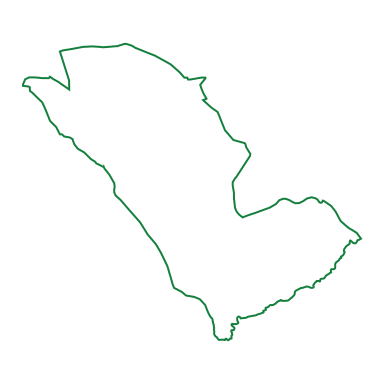 the district of Mazhar, Raymah, Yemen
{"feature_id": "15242507B74334805972717", "entity_name": "Mazhar", "entity_type": "district", "adm_level": 2, "iso_a3": "YEM", "parent_name": "Yemen", "parent_adm1": "Raymah", "projection": "albers", "projection_center": [43.787, 14.568], "detail": "fine", "context": "isolated", "style": "outline", "palette": "green", "viewbox_px": 384, "rotation_deg": 0, "n_neighbors": 0, "source": "geoboundaries", "source_scale": "gbopen_adm2", "svg_char_len": 5934}
<svg xmlns="http://www.w3.org/2000/svg" viewBox="0 0 384 384"><path d="M361.0,238.7L356.6,232.7L356.4,232.7L352.8,230.4L348.4,227.8L348.3,227.6L345.8,225.6L344.5,224.4L340.8,221.2L339.4,218.7L335.7,211.8L334.1,209.6L333.3,208.7L332.7,207.9L331.3,206.0L331.1,205.9L325.1,201.8L323.8,201.0L323.1,200.7L322.9,200.6L321.8,202.5L320.5,202.8L319.1,202.1L318.6,201.1L317.4,199.5L315.5,198.3L311.7,197.3L308.1,198.2L307.3,198.3L303.9,200.6L303.3,201.1L302.2,201.6L299.2,203.1L295.2,203.2L292.1,201.8L289.4,200.1L285.7,198.8L283.0,198.8L281.5,199.4L279.5,200.1L279.3,200.2L276.0,204.0L270.3,207.3L269.6,207.7L267.3,208.5L262.9,210.1L258.3,211.8L254.7,213.1L254.4,213.2L247.1,215.6L246.5,215.9L242.6,217.4L238.7,214.2L236.6,211.5L235.0,207.8L234.2,200.0L234.0,198.9L233.9,192.8L233.9,192.5L232.7,185.5L232.7,182.2L235.1,178.2L236.2,177.2L250.1,155.8L250.3,153.9L250.2,153.7L246.3,147.4L245.3,143.8L244.6,143.1L233.4,140.0L229.9,136.0L229.1,135.0L225.9,131.3L225.0,130.3L221.1,120.6L218.7,114.5L217.6,112.0L211.0,107.3L206.6,103.3L203.1,100.1L205.8,99.1L206.5,98.7L203.5,93.5L201.6,89.0L200.2,84.8L205.5,78.3L205.3,77.6L201.3,77.6L190.5,79.5L188.0,79.5L187.3,77.7L184.4,77.7L182.5,75.5L180.0,72.6L170.6,64.3L157.4,57.0L155.1,55.7L151.0,54.1L144.2,51.4L143.0,50.9L142.5,50.7L136.3,48.2L136.0,48.2L133.2,46.5L132.1,45.8L130.1,45.1L125.9,43.8L124.0,44.0L121.7,44.8L118.6,45.7L117.5,46.2L117.2,46.1L108.1,46.9L102.5,47.3L101.4,47.0L92.5,46.4L83.0,46.9L71.7,49.0L63.0,50.4L59.9,51.5L69.1,80.5L69.2,88.4L69.2,89.5L67.2,88.1L65.2,86.7L59.8,83.0L59.1,82.3L57.6,81.5L56.9,81.1L53.3,79.1L49.9,76.7L48.9,78.1L45.4,78.1L41.7,78.1L38.5,77.7L38.1,77.7L34.2,77.4L33.8,77.4L32.7,77.4L29.1,77.4L27.5,78.2L25.5,79.1L25.2,79.3L23.0,84.4L23.1,85.9L28.5,86.5L29.8,87.2L29.9,90.9L32.2,92.6L33.1,93.5L33.6,93.9L37.1,97.5L37.7,98.0L38.5,98.8L41.9,102.0L42.3,102.5L45.2,108.8L46.8,112.7L47.8,115.4L48.5,116.9L49.1,118.6L50.1,121.0L54.6,125.5L55.1,125.9L56.2,127.1L59.9,134.3L62.0,134.3L64.2,136.5L69.9,137.5L72.6,139.2L73.3,141.6L74.1,143.6L74.3,144.3L76.6,147.2L77.7,148.7L79.8,149.9L81.4,150.8L82.2,151.3L84.2,152.4L84.3,152.5L90.3,158.5L90.9,159.1L95.1,161.7L96.3,163.4L96.5,163.5L99.1,164.7L102.5,166.5L103.6,167.0L103.7,166.8L103.8,167.1L104.6,168.7L105.5,169.8L106.7,171.3L107.0,171.7L109.2,174.5L109.7,175.3L111.9,179.1L113.2,181.4L114.2,183.1L114.7,187.2L114.2,189.3L114.2,192.2L115.7,195.6L119.2,198.7L120.9,200.3L128.6,209.3L130.8,211.8L133.4,214.7L138.5,220.5L140.0,222.2L141.2,224.1L144.7,229.7L146.8,233.1L147.4,234.1L147.7,234.6L149.5,236.6L155.8,244.1L157.4,246.7L160.6,252.2L160.9,252.7L163.1,257.2L167.3,266.0L167.8,267.5L169.8,274.4L170.7,277.4L172.6,284.1L173.9,287.5L174.1,287.9L178.8,290.3L181.3,291.7L182.2,292.2L186.0,295.5L194.1,296.9L199.8,299.2L203.7,303.4L205.1,304.8L207.1,310.0L208.6,313.5L209.9,315.9L211.4,317.9L212.3,318.7L212.6,319.9L212.6,321.1L213.0,321.7L213.0,322.9L213.8,324.7L213.7,325.9L214.1,327.5L214.2,328.2L213.8,329.6L214.1,330.4L214.3,331.1L214.2,332.5L214.1,333.6L214.6,335.0L215.4,336.3L216.6,337.0L217.4,338.2L218.5,339.5L219.0,339.9L219.4,339.8L220.0,339.8L220.8,339.8L221.9,339.7L222.7,339.7L223.7,339.8L224.8,340.0L225.3,339.5L225.6,338.8L226.1,338.8L226.8,339.3L227.3,339.8L227.7,340.1L228.2,340.2L229.1,339.7L229.4,339.1L229.8,338.7L230.5,338.6L231.0,338.7L231.5,338.5L231.5,337.6L231.5,336.8L231.4,336.2L231.6,335.5L232.1,335.1L232.3,334.3L231.9,333.2L231.9,332.3L231.5,331.9L231.2,331.4L231.2,330.8L231.6,330.3L232.1,330.1L232.9,330.1L233.5,330.2L233.9,329.9L234.3,328.9L234.5,328.2L234.0,327.4L233.4,326.8L232.3,326.0L231.7,325.3L231.5,324.7L231.7,324.2L232.2,323.9L233.0,324.0L233.6,324.0L234.6,324.1L236.0,324.1L236.8,323.9L237.5,323.5L238.0,323.3L238.3,322.7L238.0,321.9L237.6,321.2L237.2,320.2L237.2,319.5L237.2,318.3L237.3,317.6L237.7,317.0L238.5,316.6L239.6,316.8L240.8,318.4L241.7,318.2L242.5,318.1L243.1,318.1L245.5,317.9L248.5,316.6L249.7,316.4L250.4,316.3L251.5,316.0L253.1,315.8L253.9,315.6L254.6,315.5L255.4,315.4L255.9,315.3L257.2,314.6L258.6,314.1L259.5,313.9L260.4,313.7L261.2,313.3L262.0,313.0L263.4,312.5L263.6,312.2L263.5,311.8L263.3,311.4L263.3,311.2L263.3,310.9L263.8,310.6L265.7,310.1L265.9,309.7L265.8,309.3L265.8,308.7L265.6,308.5L265.6,308.0L265.8,307.8L266.7,307.5L268.1,307.0L268.8,306.4L269.7,305.5L270.3,305.1L270.8,305.0L271.4,305.1L272.1,305.1L272.9,305.0L274.0,304.5L274.7,304.1L275.8,303.4L276.3,302.8L276.8,302.3L277.2,301.9L278.4,301.3L278.8,301.0L279.6,300.8L280.2,300.6L280.6,300.1L281.4,300.2L281.7,300.7L282.0,300.9L283.2,300.8L284.4,300.9L287.7,300.6L288.8,300.0L290.7,298.4L292.0,297.4L294.1,295.3L294.7,294.0L294.8,293.1L294.8,292.1L295.0,291.6L295.7,290.8L299.0,289.0L300.1,288.5L301.2,287.9L301.8,287.9L302.4,288.0L303.5,287.5L304.5,287.2L305.5,286.9L306.3,286.5L307.2,286.5L307.9,286.7L308.7,286.9L310.6,287.7L311.6,287.9L312.4,287.8L313.4,287.5L313.7,287.0L313.7,286.4L313.4,285.6L313.3,285.4L313.4,285.0L313.6,284.6L314.1,284.1L314.6,283.3L315.3,282.4L315.9,281.9L316.4,281.6L316.7,281.0L317.5,281.0L318.1,281.0L318.5,281.0L319.1,281.2L319.6,281.5L319.8,281.5L320.1,281.3L320.1,280.9L320.2,280.1L320.4,279.4L320.7,279.0L321.3,278.8L323.9,278.5L324.4,278.1L325.2,276.8L325.5,276.2L326.1,275.5L326.9,275.0L327.7,274.5L328.2,274.3L328.8,273.9L329.6,273.2L330.3,272.8L330.7,272.5L331.1,272.4L330.8,270.8L330.9,269.8L331.4,269.2L332.0,269.2L332.5,269.2L333.3,269.3L334.3,269.0L335.1,268.2L335.2,267.4L335.2,263.9L336.1,262.4L337.5,261.4L338.5,260.5L339.4,259.7L339.5,258.8L340.1,258.4L340.9,258.1L341.2,257.9L340.8,257.0L341.2,256.4L342.3,255.9L343.3,255.0L344.1,253.4L344.6,252.4L344.6,251.9L343.9,251.2L343.9,250.4L344.1,249.5L344.7,248.4L345.5,247.4L345.9,246.6L346.9,245.6L348.3,244.9L349.2,244.1L349.7,243.6L349.7,241.9L349.9,241.3L350.1,240.6L350.5,240.5L351.2,241.1L352.1,241.9L352.7,242.5L353.5,243.0L354.3,243.3L355.2,243.3L356.0,242.9L356.5,242.3L357.1,241.2L357.3,240.4L357.5,240.2L359.1,239.8L361.0,238.7Z" fill="none" stroke="#15803d" stroke-width="2"/></svg>